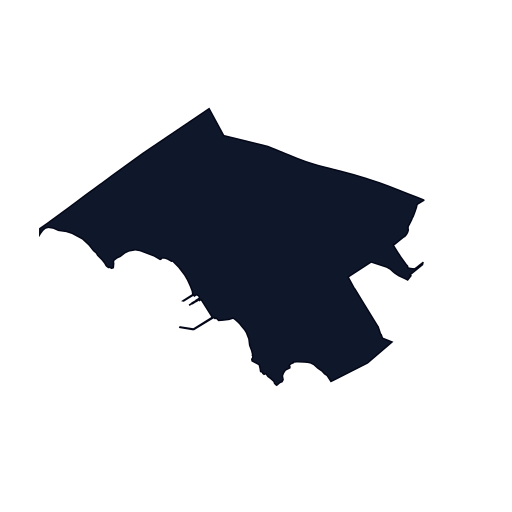 outline of Salina Cruz, Oaxaca, Mexico, rotated 58°
{"feature_id": "50627088B37536515094098", "entity_name": "Salina Cruz", "entity_type": "district", "adm_level": 2, "iso_a3": "MEX", "parent_name": "Mexico", "parent_adm1": "Oaxaca", "projection": "natural_earth1", "projection_center": [-95.202, 16.19], "detail": "fine", "context": "isolated", "style": "filled", "palette": "ink", "viewbox_px": 512, "rotation_deg": 58, "n_neighbors": 0, "source": "geoboundaries", "source_scale": "gbopen_adm2", "svg_char_len": 3305}
<svg xmlns="http://www.w3.org/2000/svg" viewBox="0 0 512 512"><g transform="rotate(58 256 256)"><path d="M349.9,117.4L350.1,118.7L350.4,121.9L350.8,125.1L351.0,128.1L350.1,129.6L348.1,132.0L346.3,133.7L345.7,133.1L344.7,132.8L342.9,133.2L340.8,133.3L336.3,133.6L333.5,133.8L330.8,133.8L328.4,133.9L325.1,133.9L322.1,133.9L319.5,133.8L319.0,132.6L319.5,132.4L319.5,132.2L319.4,131.0L318.8,126.4L318.1,120.6L318.3,119.6L317.9,118.4L317.5,117.1L316.4,115.1L315.2,113.6L314.2,112.8L313.0,112.4L311.5,111.2L310.0,108.5L309.9,108.4L307.8,104.9L306.8,103.7L305.7,101.7L303.2,98.4L299.7,94.1L298.2,92.7L297.6,91.7L297.7,84.2L297.4,84.1L296.1,85.0L290.9,88.8L285.0,93.3L267.7,106.1L267.1,106.6L266.9,106.7L259.8,112.2L248.9,121.3L248.2,121.8L247.6,122.4L246.9,123.0L238.7,130.2L231.1,137.3L212.5,155.1L209.3,157.9L209.2,158.0L203.8,162.6L203.1,163.2L202.9,163.4L202.0,164.1L195.1,169.4L169.4,187.9L136.8,219.6L106.2,217.7L109.0,297.2L111.6,335.7L112.2,342.4L112.3,344.1L112.7,348.5L112.7,350.0L112.9,352.7L113.2,356.4L113.7,363.8L114.0,367.9L114.6,375.0L115.0,379.2L115.5,385.5L115.8,388.9L116.2,394.5L117.2,408.3L117.8,416.3L118.2,424.8L123.2,428.0L122.6,426.8L121.2,423.2L120.7,419.9L121.7,416.8L125.0,413.0L129.6,409.9L134.6,403.9L139.3,399.9L149.6,394.0L158.1,391.7L165.4,390.9L168.8,389.8L171.5,389.9L177.5,388.5L182.0,388.0L184.8,388.2L186.5,387.7L187.8,387.0L187.9,386.1L188.8,385.6L189.9,385.0L190.3,383.2L187.0,380.7L185.6,380.1L184.3,379.0L183.9,374.8L184.4,371.4L183.8,365.5L184.3,361.2L186.8,355.0L190.0,351.4L202.1,342.2L208.1,339.1L208.3,338.3L207.8,336.8L209.6,334.2L211.8,332.5L215.7,330.4L216.0,329.3L224.6,327.4L234.4,326.5L240.1,326.7L246.9,327.6L252.0,328.6L255.2,330.0L255.3,341.7L255.8,341.2L255.9,329.5L257.3,329.5L257.3,326.8L259.6,325.7L260.7,325.8L261.8,326.5L261.8,330.5L262.1,330.7L261.9,334.9L262.2,334.9L262.2,338.1L262.4,338.1L262.4,334.9L262.8,334.9L262.7,330.7L262.9,330.6L262.9,327.3L263.8,327.4L263.8,325.6L284.8,325.5L284.8,347.7L275.9,358.0L276.2,358.4L284.9,348.6L285.4,347.7L285.7,325.1L285.9,324.4L286.5,324.2L287.3,323.9L287.1,322.7L290.2,322.0L290.9,321.8L293.0,317.7L295.4,312.6L296.6,308.2L297.8,307.7L299.1,307.2L300.5,306.8L302.9,306.1L305.3,305.6L307.6,305.4L311.2,304.9L312.3,304.7L313.5,304.7L314.7,304.7L315.5,304.7L316.2,304.7L317.4,305.0L322.7,306.0L324.5,306.9L325.3,307.2L326.0,307.6L328.4,308.7L334.0,309.8L337.8,311.1L338.2,311.7L339.4,311.8L340.4,312.5L341.3,314.3L342.9,314.9L349.8,310.9L353.1,311.9L356.4,313.3L358.2,312.0L359.2,312.4L360.6,311.9L361.0,309.9L364.5,309.7L367.5,308.5L372.0,307.2L373.5,307.7L375.3,307.5L376.6,306.9L376.0,303.0L376.4,300.5L375.3,298.6L373.8,298.0L371.6,297.1L369.8,294.8L369.0,293.1L368.4,291.7L368.3,291.4L368.8,286.6L367.8,285.9L367.0,286.0L366.7,285.7L366.4,285.8L365.9,283.8L366.3,280.8L365.8,280.5L367.4,277.2L371.5,271.2L373.6,268.4L375.5,266.4L378.8,264.4L383.8,263.0L388.7,260.9L392.2,260.3L395.0,259.0L402.1,258.9L402.4,256.3L405.8,218.1L401.0,186.2L392.7,192.3L389.1,191.5L388.0,191.7L380.7,189.9L380.0,190.0L352.7,189.8L336.5,189.6L335.3,189.8L322.6,189.0L322.1,161.5L334.8,150.9L336.7,149.9L338.4,149.0L340.2,148.5L342.1,148.0L344.4,147.2L348.5,145.3L350.8,143.8L354.3,141.5L356.7,140.1L354.9,135.1L353.6,135.6L351.6,119.4L350.3,118.1L349.9,117.4Z" fill="#0f172a" stroke="#020617" stroke-width="1.5"/></g></svg>